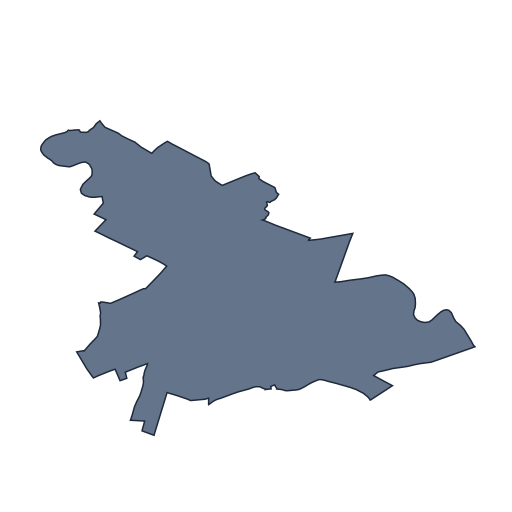 outline of Sabile, Talsi, Latvia, rotated 168°
{"feature_id": "27541924B84757460487549", "entity_name": "Sabile", "entity_type": "district", "adm_level": 2, "iso_a3": "LVA", "parent_name": "Latvia", "parent_adm1": "Talsi", "projection": "robinson", "projection_center": [22.575, 57.045], "detail": "fine", "context": "isolated", "style": "filled", "palette": "slate", "viewbox_px": 512, "rotation_deg": 168, "n_neighbors": 0, "source": "geoboundaries", "source_scale": "gbopen_adm2", "svg_char_len": 5640}
<svg xmlns="http://www.w3.org/2000/svg" viewBox="0 0 512 512"><g transform="rotate(168 256 256)"><path d="M241.7,289.6L241.9,289.7L242.1,289.8L240.3,290.0L238.8,290.6L238.7,290.8L238.5,291.0L238.6,291.3L238.6,291.6L236.7,292.8L235.3,293.8L234.4,295.7L235.1,296.9L237.5,299.1L237.7,299.6L237.5,300.8L234.5,302.8L234.3,303.9L234.5,306.5L233.8,306.8L233.0,306.6L231.8,305.6L231.1,305.6L230.1,306.2L227.5,306.9L226.4,307.1L224.2,308.3L221.0,311.7L222.8,313.9L222.8,314.3L222.9,315.0L223.3,319.0L233.6,327.4L237.1,331.1L236.3,333.0L239.6,337.6L244.6,337.2L250.4,336.4L268.8,333.1L271.5,332.6L274.3,332.1L274.9,332.6L275.8,333.4L278.1,335.7L280.0,337.6L281.2,339.5L282.1,341.4L282.5,342.2L283.2,343.5L282.8,354.3L282.8,355.8L283.0,356.1L283.1,356.3L284.1,357.3L285.0,358.4L285.9,359.2L286.9,360.0L295.8,367.3L304.7,374.7L309.9,379.0L315.2,383.3L317.0,385.0L318.8,386.6L321.1,385.9L329.5,382.6L331.2,381.6L333.7,380.1L336.6,378.1L339.7,380.9L342.9,383.8L345.9,386.6L350.9,392.7L353.8,394.8L356.5,396.8L359.8,399.4L362.6,401.7L365.1,404.7L368.5,407.2L377.0,413.3L379.7,418.5L380.6,420.7L384.8,418.6L388.3,415.4L392.9,413.6L393.8,412.6L396.2,412.2L401.6,413.5L401.8,413.6L402.0,413.8L402.1,414.1L402.3,414.7L402.5,415.3L402.6,415.9L403.3,416.3L407.7,417.0L408.2,417.1L409.6,417.1L412.5,417.6L413.4,418.1L415.1,417.0L417.1,416.5L420.3,416.3L426.5,416.1L431.3,415.5L433.9,414.7L437.5,413.3L439.4,411.8L441.4,410.1L443.0,408.5L443.9,406.8L444.5,404.4L444.2,402.9L443.5,401.0L442.5,398.8L441.0,397.1L439.4,395.1L437.5,393.4L435.8,391.3L434.6,389.1L432.7,387.2L430.2,385.6L427.2,384.5L422.9,383.0L421.5,382.5L420.2,382.1L419.1,382.0L417.5,382.2L414.8,382.6L410.9,383.3L408.0,383.7L405.1,383.7L403.0,383.2L401.3,381.7L400.8,381.1L399.9,380.1L398.7,376.3L398.4,374.7L398.7,372.7L399.2,370.8L399.8,369.2L400.7,368.1L402.5,366.9L406.9,364.3L409.8,362.5L410.9,361.6L411.6,360.6L412.6,359.5L414.0,357.6L413.7,353.7L411.8,351.6L410.6,350.5L409.0,349.7L407.0,348.5L404.1,347.5L401.0,346.9L397.4,346.6L394.2,346.1L394.2,345.4L394.3,344.3L394.3,339.5L405.6,330.7L395.2,322.7L396.1,322.1L408.3,313.8L404.0,310.5L400.7,307.9L395.6,303.8L393.4,302.2L389.7,299.4L380.3,292.1L373.8,287.1L371.0,284.9L375.3,281.2L369.8,276.5L362.7,278.9L358.5,275.8L352.7,271.4L350.4,269.4L348.0,267.3L345.5,264.6L353.5,258.6L359.5,254.5L370.8,247.0L372.9,247.4L376.9,246.6L382.8,245.2L389.3,243.8L398.7,241.8L408.1,239.9L411.8,241.4L415.6,242.9L416.2,243.0L416.9,243.1L417.5,243.3L418.0,242.3L419.7,242.9L419.6,238.3L419.6,237.2L419.7,235.0L419.9,232.3L421.0,229.7L421.2,227.4L421.4,226.4L421.4,225.6L421.9,224.2L421.9,223.5L422.1,222.5L422.3,221.4L422.7,220.3L423.2,219.1L424.1,217.3L425.9,213.9L427.1,211.8L427.6,210.8L428.2,210.2L428.7,209.7L429.9,208.9L431.9,207.5L432.3,207.2L432.9,206.9L433.3,206.6L436.4,204.5L443.9,198.8L444.1,199.2L451.3,199.5L445.1,181.2L441.1,171.9L440.4,170.5L434.2,171.9L433.5,172.0L429.0,172.8L423.9,173.7L417.4,174.6L416.2,169.0L414.9,162.3L412.3,162.6L410.2,162.9L407.8,163.2L408.0,169.5L407.8,169.5L406.4,169.8L405.4,170.0L403.5,170.3L401.4,170.7L399.4,171.0L397.2,171.4L395.1,171.8L393.1,172.1L391.7,172.3L390.1,172.5L388.7,172.7L385.3,173.2L384.5,173.3L384.8,172.5L385.5,171.3L388.1,167.7L388.6,166.8L389.7,164.7L390.5,162.5L391.6,160.9L392.1,157.1L392.6,155.0L393.7,152.4L395.5,149.1L396.7,146.9L397.4,145.7L398.7,143.6L400.7,141.1L403.0,138.3L406.2,133.8L409.8,126.9L411.9,123.2L413.0,121.4L412.1,121.2L399.2,117.7L403.5,109.4L403.8,108.6L393.0,101.8L392.7,102.5L371.4,140.9L362.1,135.8L353.4,130.6L350.0,128.2L335.7,126.5L331.9,126.8L332.5,124.0L333.1,121.2L333.2,120.8L333.2,120.5L331.9,121.0L329.2,122.3L326.4,123.3L323.7,123.9L320.0,124.2L315.9,124.8L306.5,126.2L301.4,126.8L290.7,127.4L288.6,127.7L287.1,128.0L283.8,128.2L282.3,128.0L279.9,127.4L278.4,126.6L277.2,125.5L276.1,124.8L274.1,123.7L274.4,123.4L271.6,123.2L268.8,122.9L268.8,124.1L268.7,125.3L266.7,125.7L264.6,126.0L263.9,123.9L263.1,121.9L263.2,121.7L263.3,121.6L261.9,121.1L260.6,120.7L259.5,120.3L258.3,119.9L257.4,119.4L256.4,118.8L255.8,118.5L255.3,118.2L254.5,118.0L253.7,117.8L252.7,117.6L251.6,117.5L250.3,117.3L249.0,117.2L246.9,116.9L244.7,116.6L243.5,116.6L242.2,116.5L240.2,116.8L238.3,117.3L236.5,117.8L234.6,118.4L232.7,119.1L231.1,119.6L229.5,120.1L228.1,120.5L226.8,120.8L224.8,121.2L222.9,121.6L221.1,121.9L220.3,121.9L219.4,121.9L217.6,121.4L214.8,120.2L210.2,117.7L206.6,116.0L205.7,115.5L204.7,115.1L199.9,112.5L195.1,110.0L193.2,108.9L191.2,107.9L188.5,106.2L185.8,104.6L182.8,102.1L179.8,99.7L178.3,97.9L176.8,96.1L175.6,94.4L174.9,93.0L174.6,92.2L174.3,91.3L173.9,91.4L173.6,91.5L161.6,96.1L149.5,100.8L155.6,105.9L161.6,111.0L163.7,112.8L165.8,114.6L160.7,117.2L156.4,117.2L150.3,117.3L148.1,117.4L145.9,117.5L144.2,117.4L142.5,117.3L139.8,117.1L137.0,116.9L130.8,116.5L123.3,116.7L117.8,116.6L106.8,115.7L86.7,118.3L64.3,121.2L60.7,121.7L61.9,123.6L63.4,128.7L66.5,137.4L67.7,140.9L70.4,145.5L74.2,150.3L75.5,154.2L76.7,160.0L78.7,162.8L80.7,163.8L83.7,163.9L86.8,162.9L91.0,160.7L97.3,156.8L100.7,155.5L104.8,155.9L108.0,157.2L111.3,159.4L113.2,162.2L114.1,165.8L113.1,169.1L111.2,172.3L110.0,175.9L109.1,181.4L109.5,185.6L110.4,188.0L112.8,192.1L117.1,197.8L121.7,202.3L126.9,207.0L130.5,209.3L133.3,210.6L135.9,211.0L141.8,211.5L150.9,211.4L158.0,211.8L169.4,212.8L178.2,213.2L183.6,213.9L184.2,214.0L183.2,215.5L183.1,215.8L174.4,229.8L173.9,230.6L162.6,248.9L162.6,249.0L156.6,258.0L169.0,258.4L182.6,258.9L189.0,259.1L195.5,259.7L199.4,260.2L201.3,260.3L200.9,261.2L199.2,262.2L212.4,270.6L218.6,274.5L229.6,281.5L230.6,282.1L236.8,286.4L239.0,287.9L241.1,289.3L241.4,289.5L241.7,289.6Z" fill="#64748b" stroke="#1e293b" stroke-width="1.5"/></g></svg>